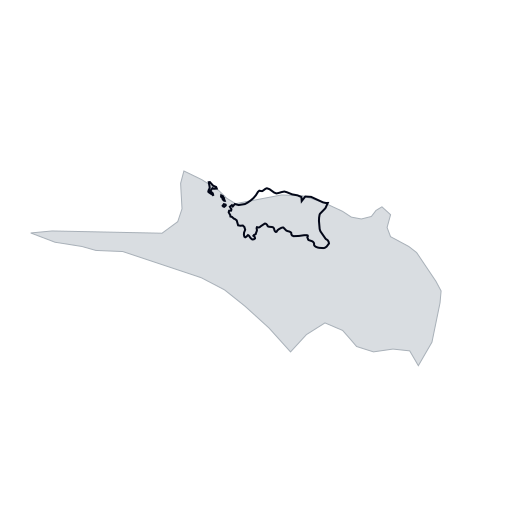 where Larnaca sits in Cyprus, rotated 216°
{"feature_id": "CYP-3463", "entity_name": "Larnaca", "entity_type": "District", "adm_level": 1, "iso_a3": "CYP", "parent_name": "Cyprus", "parent_adm1": "", "projection": "robinson", "projection_center": [33.519, 34.89], "detail": "fine", "context": "in_parent", "style": "outline", "palette": "ink", "viewbox_px": 512, "rotation_deg": 216, "n_neighbors": 0, "source": "natural_earth", "source_scale": "10m", "svg_char_len": 3272}
<svg xmlns="http://www.w3.org/2000/svg" viewBox="0 0 512 512"><g transform="rotate(216 256 256)"><path d="M359.7,270.5L364.3,282.4L344.6,285.9L324.7,287.1L313.7,285.5L303.3,286.3L271.2,320.4L253.9,332.0L233.2,338.9L212.3,343.0L201.7,343.5L192.5,347.9L185.9,355.8L185.7,363.5L183.0,369.8L171.4,368.5L166.7,356.1L158.5,350.7L138.1,353.5L128.1,353.2L95.6,341.3L85.7,336.5L79.6,326.3L63.0,289.7L60.2,262.7L75.9,269.6L90.5,261.2L104.6,247.5L121.4,241.9L131.9,244.4L142.2,246.7L160.9,242.4L169.0,222.1L171.7,198.7L203.3,205.4L235.3,208.9L261.5,210.1L287.3,206.3L366.4,181.3L388.8,166.4L402.6,161.3L426.7,149.0L451.8,142.2L435.7,156.4L345.4,219.2L339.5,237.8L343.6,250.7L356.4,266.4L359.7,270.5Z" fill="#d9dde1" stroke="#a8b0b8" stroke-width="1"/><path d="M276.8,264.8L278.3,266.1L279.4,267.9L280.2,270.9L282.4,272.6L284.6,272.9L286.4,271.3L288.5,270.3L292.6,273.5L295.1,273.5L295.8,273.2L298.4,273.5L299.9,272.9L300.8,273.9L303.8,275.3L304.4,276.8L302.8,278.1L303.4,279.4L306.1,280.5L305.4,283.0L303.9,282.5L303.7,285.6L300.0,287.0L295.5,291.5L294.2,294.2L293.0,297.6L292.1,301.3L291.8,305.1L292.1,309.0L291.7,310.8L290.1,311.5L289.0,312.3L287.8,316.0L287.0,317.2L284.3,318.0L278.6,318.0L276.3,318.6L274.8,320.2L273.0,322.6L271.0,324.8L268.6,325.7L263.0,327.1L258.0,329.5L253.9,330.4L251.3,327.3L251.1,333.1L246.2,336.2L233.2,338.8L230.6,340.0L229.1,341.1L229.0,340.6L228.0,335.8L228.0,335.0L229.0,328.1L229.0,327.3L228.7,326.5L227.5,324.1L225.7,321.4L220.4,315.3L219.5,314.6L218.3,313.8L210.0,310.9L209.5,310.8L207.5,310.9L206.8,310.7L205.5,310.1L204.3,309.0L204.4,305.1L205.0,303.4L205.3,302.9L205.7,302.4L206.3,301.9L209.6,299.8L211.1,299.1L213.1,298.6L214.2,298.6L215.1,298.8L215.6,299.2L216.4,300.3L217.1,300.7L217.8,300.9L218.6,301.0L219.4,300.9L222.9,299.8L223.6,300.0L224.1,300.5L225.1,301.0L225.4,301.2L225.6,301.7L225.6,302.2L225.8,302.7L226.4,303.0L227.6,302.4L229.4,301.0L233.0,297.5L237.3,294.1L238.9,293.8L239.7,294.1L240.3,294.5L241.2,295.5L242.1,295.6L243.3,295.4L245.4,294.6L246.6,294.4L249.9,295.0L250.6,295.1L251.3,294.6L252.1,293.6L253.3,291.0L253.7,289.6L253.7,288.5L253.6,287.8L253.8,287.4L254.1,287.1L254.9,287.1L255.6,287.3L256.1,287.6L257.6,288.8L258.3,289.1L259.1,289.2L260.0,288.9L262.7,287.3L263.7,287.0L264.5,287.2L265.0,287.6L265.8,287.8L266.6,287.9L267.3,287.8L268.0,287.3L269.7,282.7L269.9,281.7L270.2,281.1L270.6,280.6L272.2,279.9L272.1,279.4L271.6,278.5L270.9,278.0L270.4,277.4L270.1,276.8L269.5,274.6L269.1,273.5L270.0,271.8L270.0,270.8L268.6,270.8L267.4,270.0L267.1,269.6L267.6,268.2L268.7,267.2L269.9,267.2L271.5,267.5L273.7,268.3L274.8,268.2L275.1,266.1L275.7,264.8L276.8,264.8ZM328.8,288.4L327.4,287.5L329.6,285.6L331.1,285.3L331.1,281.7L327.8,281.3L325.9,279.7L327.5,280.1L328.7,279.9L331.4,279.8L332.3,279.9L332.4,280.0L332.6,280.4L333.0,281.5L333.3,283.2L333.5,283.9L334.2,284.7L337.6,287.9L336.8,288.7L332.0,287.7L328.8,288.4ZM314.9,282.0L316.3,282.3L317.0,283.2L317.8,283.2L318.5,283.2L319.3,283.6L319.8,284.6L319.6,284.6L318.7,284.8L318.2,284.9L317.7,284.9L317.4,284.3L316.6,284.1L315.8,284.1L315.5,283.3L314.8,283.0L313.7,282.3L314.1,282.0L314.9,282.0ZM311.5,276.8L312.5,277.0L312.5,279.1L311.6,279.4L310.9,279.7L310.3,279.4L310.2,278.9L310.4,277.9L310.6,277.1L311.5,276.8Z" fill="none" stroke="#020617" stroke-width="2"/></g></svg>